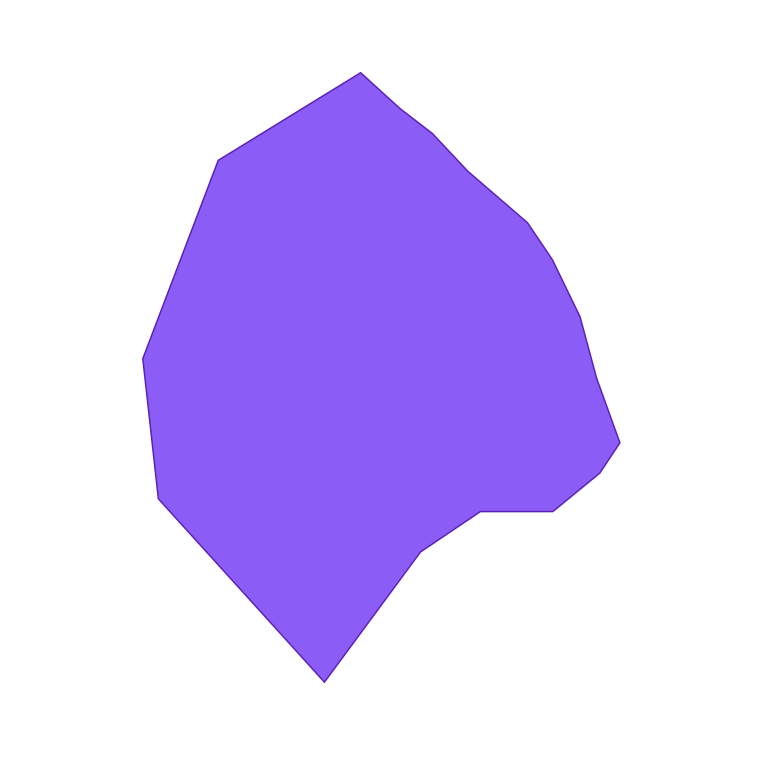 Ciudad de Buenos Aires, Mercator projection, rotated 9°
{"feature_id": "ARG-5493", "entity_name": "Ciudad de Buenos Aires", "entity_type": "Federal District", "adm_level": 1, "iso_a3": "ARG", "parent_name": "Argentina", "parent_adm1": "", "projection": "mercator", "projection_center": [-58.418, -34.648], "detail": "fine", "context": "isolated", "style": "filled", "palette": "violet", "viewbox_px": 768, "rotation_deg": 9, "n_neighbors": 0, "source": "natural_earth", "source_scale": "10m", "svg_char_len": 383}
<svg xmlns="http://www.w3.org/2000/svg" viewBox="0 0 768 768"><g transform="rotate(9 384 384)"><path d="M312.2,80.2L356.8,109.5L392.7,129.1L433.4,160.7L500.4,202.2L530.8,234.8L567.1,286.9L593.0,344.8L626.2,405.2L611.1,438.2L570.7,483.6L499.2,494.9L446.4,544.1L371.8,687.8L179.1,532.7L141.8,396.7L185.3,189.0L312.2,80.2Z" fill="#8b5cf6" stroke="#5b21b6" stroke-width="1.5"/></g></svg>